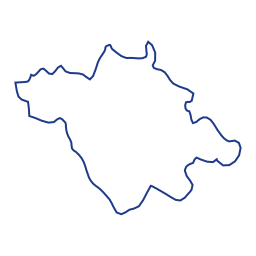 outline of Tlaxcala
{"feature_id": "MEX-2726", "entity_name": "Tlaxcala", "entity_type": "State", "adm_level": 1, "iso_a3": "MEX", "parent_name": "Mexico", "parent_adm1": "", "projection": "equal_earth", "projection_center": [-98.173, 19.419], "detail": "fine", "context": "isolated", "style": "outline", "palette": "blue", "viewbox_px": 256, "rotation_deg": 0, "n_neighbors": 0, "source": "natural_earth", "source_scale": "10m", "svg_char_len": 2812}
<svg xmlns="http://www.w3.org/2000/svg" viewBox="0 0 256 256"><path d="M109.3,44.9L110.3,45.2L110.9,46.4L111.5,48.0L112.3,49.2L116.8,52.8L121.4,56.1L126.4,58.0L131.6,57.9L134.4,58.1L137.2,58.3L140.0,58.4L142.8,58.1L146.1,56.7L146.8,54.2L146.4,50.7L146.0,45.9L148.2,41.8L152.1,45.2L155.2,52.6L155.1,60.8L152.7,65.4L153.9,68.0L157.2,69.2L161.0,70.0L164.8,72.3L167.5,75.9L170.0,79.9L173.2,83.5L178.8,86.4L187.3,89.3L193.4,93.5L191.7,100.8L189.6,102.0L187.6,101.9L186.0,102.3L185.2,105.2L185.4,107.8L186.1,109.6L187.4,110.8L189.3,111.3L190.5,114.8L191.4,119.7L193.0,123.1L196.3,122.0L199.7,119.1L203.2,117.4L206.8,117.5L210.6,119.9L213.1,123.0L215.3,126.4L217.4,129.9L219.8,133.2L221.8,135.9L224.1,138.4L226.6,140.3L229.2,141.4L234.8,140.6L238.9,142.9L240.6,147.9L239.1,155.3L235.0,161.4L229.3,165.1L223.1,165.4L217.8,161.2L217.5,160.9L217.1,160.4L216.9,159.9L216.7,159.3L213.0,162.1L207.2,161.7L201.1,159.6L196.5,157.6L195.5,158.5L194.5,159.7L193.8,161.2L193.1,162.9L190.6,163.8L188.2,165.0L186.2,166.8L185.0,169.8L185.0,170.1L184.9,170.3L184.9,170.6L184.9,170.8L186.7,176.0L190.1,180.6L192.6,185.0L191.5,189.8L189.9,191.9L188.2,193.8L186.5,195.7L184.8,197.7L180.3,200.5L175.6,199.8L171.0,197.2L166.4,194.3L165.2,193.6L164.0,192.9L162.8,192.2L161.6,191.5L160.7,191.0L159.9,190.5L159.1,190.1L158.2,189.6L158.0,189.4L156.2,188.4L154.3,187.4L152.5,186.4L150.8,185.8L147.1,192.5L143.1,200.2L138.8,206.3L133.9,208.6L129.5,209.7L125.4,212.4L121.3,214.2L116.7,212.5L115.0,209.6L113.3,206.5L111.8,203.4L110.1,200.4L109.8,199.8L109.5,199.3L109.1,198.9L108.8,198.5L108.5,198.2L108.3,198.0L108.1,197.7L107.9,197.5L107.1,196.6L106.3,195.7L105.5,194.8L104.7,193.9L104.1,193.2L103.5,192.5L102.9,191.9L102.2,191.3L101.5,190.5L100.7,189.7L99.9,189.0L99.1,188.3L98.8,188.1L98.5,187.8L98.2,187.6L97.8,187.3L96.2,186.2L94.6,184.9L93.0,183.5L91.6,181.8L90.5,180.3L89.6,178.7L88.7,176.9L88.1,175.0L87.4,173.0L86.7,171.1L86.1,169.1L85.5,167.1L83.9,162.4L81.8,158.5L79.2,155.1L76.0,152.0L75.5,151.6L74.9,151.2L74.4,150.9L73.8,150.6L72.0,148.5L71.6,145.7L71.3,142.5L69.9,139.2L68.3,136.4L67.1,133.3L66.3,130.0L65.9,126.5L65.9,125.4L65.9,124.3L65.6,123.4L65.3,122.5L62.0,119.1L59.8,118.1L57.4,119.2L53.8,122.1L48.4,122.6L41.7,120.7L35.0,117.9L29.3,116.0L29.1,112.4L28.9,108.9L28.5,105.4L28.0,101.8L21.7,99.6L18.5,96.6L16.9,91.4L15.4,82.6L17.9,82.4L20.4,82.3L23.0,82.1L25.6,81.9L27.8,81.5L29.2,80.0L30.2,77.7L31.2,74.8L33.5,75.8L35.9,74.4L38.3,71.9L40.6,69.3L43.4,68.6L46.1,70.8L48.9,73.5L52.2,74.1L55.0,71.4L58.0,67.5L61.0,65.8L64.1,69.5L64.5,70.1L65.0,70.7L65.5,71.2L66.1,71.6L70.0,73.0L74.3,73.2L78.7,73.4L83.0,74.5L83.6,75.0L84.3,75.5L85.0,76.0L85.7,76.6L89.9,79.4L93.1,76.0L95.6,69.5L97.7,62.9L99.1,59.7L100.8,56.8L102.6,54.2L104.4,51.4L105.3,49.0L105.4,47.5L106.1,46.3L109.3,44.9Z" fill="none" stroke="#1e3a8a" stroke-width="2"/></svg>